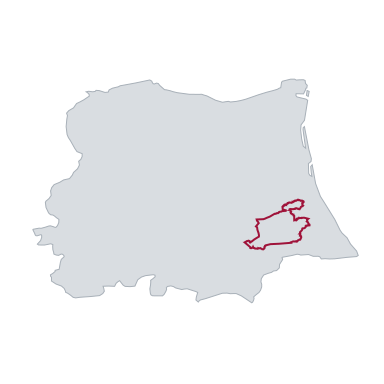 Nawa, Bas-Sassandra, Ivory Coast (highlighted), rotated 266°
{"feature_id": "98640826B56207519899242", "entity_name": "Nawa", "entity_type": "district", "adm_level": 2, "iso_a3": "CIV", "parent_name": "Ivory Coast", "parent_adm1": "Bas-Sassandra", "projection": "equal_earth", "projection_center": [-6.491, 5.911], "detail": "fine", "context": "in_parent", "style": "outline", "palette": "rose", "viewbox_px": 384, "rotation_deg": 266, "n_neighbors": 0, "source": "geoboundaries", "source_scale": "gbopen_adm2", "svg_char_len": 8779}
<svg xmlns="http://www.w3.org/2000/svg" viewBox="0 0 384 384"><g transform="rotate(266 192 192)"><path d="M100.7,59.0L101.8,58.9L104.7,57.8L107.3,55.2L109.7,49.9L113.0,45.6L116.7,45.9L117.8,45.1L119.2,45.0L120.7,47.8L122.3,49.9L123.4,50.0L124.2,54.1L131.0,55.8L133.9,56.9L136.3,59.9L137.2,59.9L138.2,59.3L139.0,58.3L139.2,57.1L138.1,54.5L138.6,52.1L139.7,49.9L141.4,49.8L144.0,49.2L147.1,49.2L149.3,49.5L150.2,47.4L149.4,41.3L149.6,38.0L149.9,35.2L150.8,34.1L154.1,37.6L157.2,38.9L159.4,39.0L160.0,38.3L159.1,34.4L159.3,33.3L160.1,32.6L161.6,32.2L165.5,30.6L165.9,31.0L166.6,37.0L166.3,39.0L167.1,43.1L168.1,47.0L168.1,48.5L167.2,50.9L166.2,53.1L166.4,54.0L167.9,55.5L170.9,57.0L174.0,57.3L175.7,55.1L177.5,53.3L178.7,51.7L179.2,49.3L181.1,47.5L186.7,45.3L191.9,45.0L193.1,45.7L195.5,49.0L198.4,51.3L202.9,51.0L206.2,52.4L209.0,55.0L210.9,60.7L213.0,64.8L213.9,70.7L217.2,73.8L219.8,75.2L223.2,79.5L226.8,81.6L230.6,81.1L232.3,83.4L235.1,84.9L237.9,85.1L240.3,80.1L243.5,78.2L251.7,74.3L254.9,72.5L258.1,71.4L266.0,71.0L273.3,72.2L276.9,73.1L279.4,72.4L281.8,74.8L284.2,79.7L286.2,81.3L288.3,83.0L289.8,86.8L291.6,90.7L292.6,92.4L294.8,96.2L296.6,96.2L298.5,94.6L299.3,93.4L299.7,95.9L298.9,99.9L299.1,102.4L300.1,103.4L299.6,106.6L297.4,112.1L297.5,115.4L299.6,116.4L301.1,119.9L302.1,125.8L303.0,127.8L303.1,129.0L304.7,143.3L306.7,157.7L305.4,159.6L303.8,160.1L302.7,160.8L302.4,162.1L303.1,164.1L302.6,165.9L300.6,167.2L296.0,171.7L295.7,173.5L294.5,177.4L293.5,179.8L292.1,184.2L289.7,195.9L288.9,205.6L288.8,208.5L287.9,210.6L286.8,213.6L281.9,221.9L279.4,228.7L279.7,231.7L279.9,234.6L279.1,236.7L279.3,242.5L279.9,247.3L280.8,252.0L284.4,265.3L286.3,273.4L287.5,279.9L288.5,284.3L289.4,286.1L289.9,287.8L295.2,289.0L296.2,289.9L297.7,298.4L297.4,302.3L296.4,303.7L296.4,307.0L296.2,311.0L295.4,312.6L292.4,312.8L290.4,314.4L287.8,313.8L287.5,312.8L286.1,312.4L282.1,310.1L282.8,302.7L280.9,302.4L279.5,303.4L276.7,312.2L275.4,313.8L255.7,309.2L251.4,305.5L246.2,304.7L237.3,305.1L229.9,306.2L227.8,308.4L246.4,307.1L248.4,307.4L249.4,308.7L225.8,311.6L216.9,313.4L214.2,312.9L212.2,310.1L202.4,309.7L200.4,310.7L199.2,312.7L203.1,312.3L209.1,312.2L210.8,313.8L191.8,315.9L178.6,319.8L173.1,322.8L154.7,332.5L143.5,337.1L140.6,338.8L135.5,343.5L129.0,346.5L121.6,352.1L117.1,353.4L116.1,351.6L116.0,342.1L115.4,329.5L115.6,324.6L116.2,320.1L116.2,316.3L118.5,314.9L119.1,313.3L119.4,308.4L121.5,303.9L121.5,296.1L122.2,294.5L122.6,292.5L121.7,287.3L120.6,277.7L120.0,277.1L119.5,277.5L118.3,277.7L113.7,274.3L110.2,273.8L107.7,270.9L107.5,267.7L106.3,265.8L105.5,262.0L104.2,257.7L100.7,255.1L97.5,254.5L95.1,255.1L92.4,254.9L89.2,253.5L87.1,251.8L85.0,248.7L83.1,246.2L81.6,246.5L79.7,245.9L77.9,244.8L77.3,243.9L85.0,233.9L87.6,229.0L87.8,226.0L87.9,223.0L88.7,219.9L88.9,215.2L84.7,198.1L83.7,192.8L82.6,191.2L81.8,190.6L84.0,188.4L86.9,189.0L91.4,190.7L92.4,189.0L95.8,180.4L95.7,177.2L95.4,175.0L97.4,169.1L99.0,166.8L99.8,164.3L99.5,160.9L98.3,159.7L96.8,159.9L94.9,159.1L92.0,157.2L90.5,155.4L91.0,147.6L91.3,145.2L92.3,143.8L93.9,143.4L98.3,143.2L101.9,144.1L105.1,144.6L106.8,144.6L108.2,146.9L110.0,149.3L111.6,149.3L112.2,147.5L111.8,139.8L110.7,135.7L108.3,131.8L102.1,128.5L101.9,123.8L102.5,118.7L103.9,116.8L108.6,113.6L107.7,111.9L106.3,110.0L103.3,108.2L104.0,102.1L104.2,96.7L101.7,97.3L99.1,97.6L96.9,95.9L95.1,92.6L94.8,83.6L94.8,73.1L94.5,68.5L95.2,66.1L97.4,63.8L99.8,60.8L100.7,59.0ZM285.2,313.9L284.2,315.9L279.2,314.6L280.4,312.9L285.2,313.9Z" fill="#d9dde1" stroke="#a8b0b8" stroke-width="1"/><path d="M134.4,286.6L134.5,286.5L134.5,286.3L134.9,286.8L134.9,287.4L135.3,288.4L135.5,289.0L135.7,289.5L135.6,289.8L135.5,290.8L135.4,291.1L135.5,291.4L135.4,291.5L135.5,291.7L135.6,292.2L135.7,292.5L135.4,292.9L135.3,293.0L135.2,293.1L135.3,293.2L135.4,293.6L135.7,293.9L136.1,294.0L136.3,294.1L136.2,294.1L136.5,294.4L136.5,294.6L136.5,294.8L136.8,295.6L137.0,295.7L137.1,295.9L137.1,296.2L137.1,296.4L137.0,296.7L139.0,297.8L139.5,297.7L140.2,297.8L140.6,297.5L140.6,297.4L140.5,297.1L140.7,296.8L140.8,296.9L141.0,297.0L141.4,296.8L141.5,296.9L141.9,296.9L142.2,297.1L142.7,297.2L143.0,297.1L143.2,296.8L143.2,296.7L143.4,296.9L143.6,296.9L143.8,297.1L144.2,296.9L144.5,297.0L146.0,298.8L146.8,299.3L147.9,299.5L148.0,299.7L147.9,299.9L148.0,300.0L148.0,300.3L148.0,301.3L148.2,301.6L148.3,302.0L148.5,302.2L148.6,302.4L148.8,302.5L149.1,302.8L149.2,303.0L149.5,303.1L149.8,303.0L150.0,303.0L150.1,303.5L150.3,303.3L150.5,303.4L150.5,306.9L150.9,307.0L151.4,306.9L151.5,306.8L151.5,306.5L151.7,306.2L151.8,306.3L152.0,306.1L152.8,305.9L153.0,305.8L153.4,305.7L153.5,305.3L154.1,305.0L154.5,304.8L154.6,304.6L155.0,305.0L155.2,304.9L156.3,304.8L157.2,306.1L158.5,302.2L158.6,299.9L158.4,299.9L158.3,299.6L158.5,298.5L158.4,297.8L158.5,297.2L158.8,296.9L158.7,296.8L158.4,296.7L158.0,296.2L157.9,295.9L158.1,295.6L158.3,295.2L158.2,295.0L158.0,294.6L157.8,294.4L157.6,294.6L157.4,294.6L157.2,294.7L156.9,294.7L156.7,294.3L156.6,294.1L156.4,294.0L156.4,293.8L156.7,293.3L156.9,293.0L156.9,292.8L156.7,292.5L156.8,292.3L156.7,292.0L161.0,292.3L161.3,291.8L161.6,291.9L161.8,291.8L162.2,291.6L162.4,291.6L162.4,291.2L162.6,290.6L163.1,290.4L163.3,290.1L163.4,289.8L163.9,289.4L163.9,289.2L164.0,289.2L164.3,289.1L164.8,289.2L165.0,289.0L165.4,289.4L165.6,289.2L165.8,289.3L166.2,289.2L166.3,288.9L166.8,288.9L167.1,288.6L167.3,288.5L167.4,288.3L167.4,288.1L167.7,288.5L167.9,288.6L168.1,288.5L168.2,288.8L168.1,289.2L168.0,289.3L167.9,289.2L167.8,289.4L167.9,289.7L167.9,289.8L168.0,290.0L168.0,290.4L168.0,290.7L167.8,291.1L167.8,291.6L167.9,292.1L167.9,292.5L168.0,292.7L167.9,293.0L167.9,293.3L168.3,293.7L168.2,293.9L168.4,294.0L168.6,294.6L168.6,294.8L168.4,295.0L168.4,295.3L168.2,295.6L168.2,295.8L168.0,296.1L168.0,296.5L167.7,296.6L167.6,296.9L167.5,297.4L167.5,297.6L167.4,297.6L167.3,298.1L167.8,298.4L168.2,298.9L168.7,299.1L169.1,299.4L169.4,299.5L169.5,299.6L169.9,300.4L170.1,301.3L170.5,301.7L170.7,301.2L171.9,301.2L172.4,301.6L173.2,301.1L173.7,301.4L173.8,301.9L174.2,302.5L174.3,302.4L174.5,302.6L174.8,302.4L175.1,302.4L175.3,301.9L175.4,301.7L175.8,301.1L175.6,300.8L175.6,300.7L175.7,300.1L175.8,299.9L175.7,299.6L176.2,299.2L176.3,298.8L176.4,298.4L176.4,298.2L176.6,298.2L176.8,297.6L177.0,297.2L176.9,297.0L176.6,296.7L176.6,296.3L176.3,295.9L176.2,295.5L176.0,295.3L176.0,295.2L176.3,294.7L176.3,294.4L176.2,294.2L176.2,293.9L176.1,293.7L176.0,293.8L175.8,293.7L175.7,293.8L175.3,292.9L175.3,292.6L175.2,292.7L175.0,292.3L174.8,292.0L174.5,291.2L174.5,290.8L174.3,290.4L174.5,290.1L174.5,289.9L174.4,289.8L174.1,289.7L174.4,289.7L174.6,289.5L174.6,289.4L174.5,289.2L174.6,288.9L174.6,288.5L174.6,288.4L174.8,288.2L174.7,287.9L174.6,288.0L174.4,287.8L174.3,287.4L174.3,287.1L174.1,287.2L173.8,286.8L173.8,286.6L173.5,286.3L173.3,285.7L173.1,285.1L173.1,284.7L172.9,284.6L172.9,284.4L172.8,284.6L172.8,285.0L172.6,285.0L172.7,284.8L172.6,284.6L172.7,284.4L172.5,283.9L172.6,283.7L172.8,283.6L172.7,283.4L172.8,283.2L172.0,282.3L171.8,282.4L171.7,282.5L171.6,282.2L171.4,282.1L171.5,281.7L171.0,281.2L168.3,281.3L166.9,285.1L166.9,284.8L166.8,284.6L167.0,284.5L167.0,284.3L166.7,283.5L166.7,283.2L166.7,282.9L167.0,282.6L167.0,282.3L166.9,282.3L166.9,282.2L167.0,282.2L166.8,281.7L166.7,281.7L166.8,281.3L166.7,281.2L166.8,280.9L166.7,280.7L166.3,280.0L166.2,279.7L166.2,278.6L166.0,277.5L165.9,277.4L165.7,277.4L165.6,277.2L165.4,277.1L165.3,276.7L165.1,276.6L164.9,276.4L164.9,275.6L165.0,275.3L164.8,274.6L164.6,274.4L164.4,274.1L164.5,273.5L164.4,273.2L164.5,272.9L162.0,267.9L161.0,264.7L160.3,262.9L159.9,261.3L160.1,254.6L159.7,254.7L159.3,254.7L158.9,254.8L157.4,255.9L156.3,256.4L153.2,253.4L152.2,254.5L149.8,254.6L149.5,254.7L148.6,254.9L146.5,255.5L144.9,255.7L144.0,255.8L142.8,255.6L142.7,255.4L141.6,253.2L140.2,250.6L138.5,248.2L138.5,247.9L138.4,247.4L138.2,247.2L137.7,247.0L137.5,246.7L137.5,246.4L137.7,246.1L137.9,246.1L138.3,246.4L138.6,246.2L138.8,245.9L139.1,245.8L139.3,245.5L139.4,245.3L139.5,245.0L139.5,244.8L139.4,244.5L139.1,243.6L139.2,243.3L138.7,242.4L138.5,241.9L138.5,241.7L138.3,241.4L138.0,241.3L137.8,241.6L137.7,241.5L137.7,241.4L137.6,241.5L132.8,246.4L132.1,246.2L132.0,246.3L131.8,247.0L131.9,247.5L132.0,247.9L132.1,248.2L132.4,248.4L132.8,249.0L133.0,249.1L132.0,249.5L131.8,249.7L131.8,250.0L131.7,250.5L131.3,250.7L131.0,252.1L131.1,252.8L130.8,253.5L131.0,253.8L131.0,254.2L131.2,254.4L131.3,254.4L131.1,254.8L131.1,255.2L131.2,255.5L131.3,256.2L130.9,256.8L130.7,256.9L130.5,257.5L130.0,258.0L130.0,258.5L129.8,259.0L130.0,259.4L130.2,259.6L130.7,260.3L130.9,260.4L131.5,260.6L132.0,260.3L132.5,260.7L133.1,261.0L133.0,261.3L133.2,261.6L133.6,261.8L133.6,262.2L133.7,262.6L133.8,262.6L134.5,266.7L134.3,275.3L134.4,286.6Z" fill="none" stroke="#9f1239" stroke-width="2"/></g></svg>